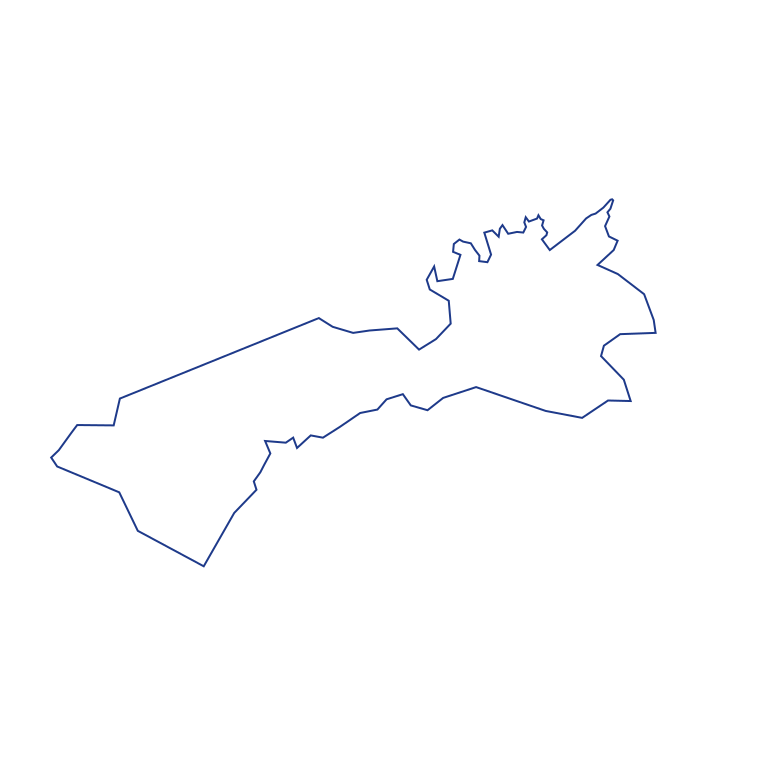 the district of Agios Ioannis Selemani, Nicosia, Cyprus, rotated 46°
{"feature_id": "46923920B8865059682023", "entity_name": "Agios Ioannis Selemani", "entity_type": "district", "adm_level": 2, "iso_a3": "CYP", "parent_name": "Cyprus", "parent_adm1": "Nicosia", "projection": "equal_earth", "projection_center": [32.7, 35.14], "detail": "fine", "context": "isolated", "style": "outline", "palette": "blue", "viewbox_px": 768, "rotation_deg": 46, "n_neighbors": 0, "source": "geoboundaries", "source_scale": "gbopen_adm2", "svg_char_len": 1457}
<svg xmlns="http://www.w3.org/2000/svg" viewBox="0 0 768 768"><g transform="rotate(46 384 384)"><path d="M567.6,218.4L547.5,208.5L514.7,208.5L509.2,199.2L512.2,179.5L535.9,153.1L525.3,145.5L500.1,134.5L467.4,139.4L446.7,147.7L447.2,125.7L443.2,116.4L434.1,119.7L424.0,115.3L420.1,105.5L415.7,104.0L415.2,99.4L411.1,91.6L409.6,91.6L408.8,93.1L409.5,103.7L408.4,113.4L406.4,117.4L405.3,123.6L406.5,140.1L402.8,171.7L389.6,169.9L389.8,163.8L388.3,161.3L383.4,161.2L379.8,160.2L377.1,155.5L374.2,156.7L369.9,155.7L371.3,159.0L367.8,166.9L362.5,166.2L365.2,170.8L369.7,172.7L371.8,178.6L367.0,182.7L362.2,190.3L352.0,188.4L352.8,192.8L357.7,199.2L348.7,199.4L344.8,206.7L365.3,217.1L368.2,225.0L361.7,230.2L358.0,226.2L350.7,225.4L343.1,223.8L336.5,228.2L332.5,229.4L331.8,236.5L336.9,242.5L344.2,239.3L356.2,261.5L347.1,274.2L334.3,266.3L338.7,280.9L347.8,285.4L369.1,279.6L386.9,294.1L387.8,315.4L383.6,334.9L353.2,335.8L335.5,357.2L325.8,370.7L307.2,381.2L291.3,385.1L211.0,584.1L226.0,607.2L200.4,633.2L201.2,638.3L202.1,643.7L205.7,663.9L205.7,674.5L216.3,676.4L278.0,649.7L318.6,663.1L389.9,640.3L372.7,581.3L371.5,549.2L363.6,545.3L361.6,534.3L358.9,526.3L355.0,514.0L342.4,509.1L358.0,495.4L359.5,486.6L369.6,491.0L370.1,472.4L380.2,465.2L384.2,445.5L388.3,421.3L397.8,406.5L396.8,392.8L404.4,377.5L418.0,379.6L433.1,370.9L435.1,351.1L450.2,319.9L515.7,286.4L546.0,265.0L551.5,234.3L567.6,218.4Z" fill="none" stroke="#1e3a8a" stroke-width="2"/></g></svg>